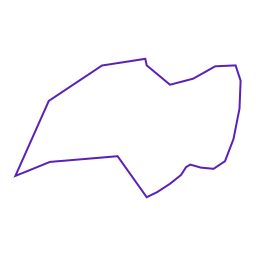 Jervis Bay Territory, Mercator projection
{"feature_id": "AUS-1932", "entity_name": "Jervis Bay Territory", "entity_type": "Territory", "adm_level": 1, "iso_a3": "AUS", "parent_name": "Australia", "parent_adm1": "", "projection": "mercator", "projection_center": [150.718, -35.16], "detail": "fine", "context": "isolated", "style": "outline", "palette": "violet", "viewbox_px": 256, "rotation_deg": 0, "n_neighbors": 0, "source": "natural_earth", "source_scale": "10m", "svg_char_len": 403}
<svg xmlns="http://www.w3.org/2000/svg" viewBox="0 0 256 256"><path d="M145.3,58.8L146.7,65.4L170.0,84.7L193.1,78.7L215.2,66.3L235.6,65.4L240.6,80.7L239.5,108.6L233.5,139.0L225.0,161.2L213.6,168.8L200.8,167.6L190.3,164.6L186.0,167.2L181.1,174.9L169.8,183.9L157.0,192.2L146.7,197.2L117.6,156.2L50.0,161.9L15.4,175.9L48.8,100.9L102.0,65.5L145.3,58.8Z" fill="none" stroke="#5b21b6" stroke-width="2"/></svg>